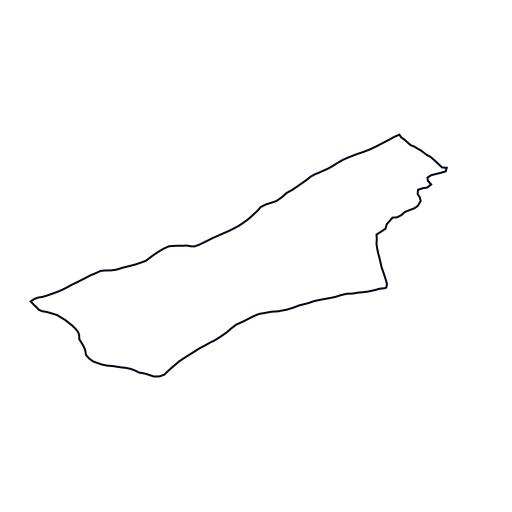 VI-5 Left Bank Upper Canj, East Berbice-Corentyne, Guyana, rotated 51°
{"feature_id": "73187651B6333666971836", "entity_name": "VI-5 Left Bank Upper Canj", "entity_type": "district", "adm_level": 2, "iso_a3": "GUY", "parent_name": "Guyana", "parent_adm1": "East Berbice-Corentyne", "projection": "equal_earth", "projection_center": [-57.57, 5.44], "detail": "fine", "context": "isolated", "style": "outline", "palette": "ink", "viewbox_px": 512, "rotation_deg": 51, "n_neighbors": 0, "source": "geoboundaries", "source_scale": "gbopen_adm2", "svg_char_len": 2581}
<svg xmlns="http://www.w3.org/2000/svg" viewBox="0 0 512 512"><g transform="rotate(51 256 256)"><path d="M362.5,174.6L360.4,172.0L357.4,170.6L354.4,169.4L351.0,168.1L347.4,166.8L344.3,165.7L341.1,164.2L337.9,162.6L334.2,160.8L330.7,159.3L326.4,157.1L322.5,154.8L318.7,151.3L315.2,148.9L315.7,144.4L316.3,138.2L313.6,134.5L312.9,130.1L312.1,125.8L314.7,122.1L315.7,117.4L315.5,112.6L317.0,107.6L318.6,103.0L318.9,98.8L316.8,93.3L313.1,91.7L309.7,91.5L306.5,88.4L308.4,83.5L310.6,79.8L310.6,74.8L305.9,75.2L303.0,73.4L303.4,69.2L305.3,65.0L307.5,60.4L309.6,55.3L307.5,52.3L304.2,55.7L295.2,56.9L289.0,57.9L285.1,59.6L281.2,60.6L277.8,61.4L274.2,62.9L270.6,64.1L267.1,66.1L263.3,66.7L259.2,67.4L255.0,68.5L251.9,68.2L250.4,73.7L248.9,81.9L247.5,88.7L246.3,94.5L244.6,101.2L242.5,107.7L240.4,113.2L239.0,117.6L237.5,122.2L235.9,128.3L235.0,133.9L234.3,140.1L233.3,145.6L232.1,149.9L230.9,154.5L229.6,158.7L228.7,163.7L228.7,169.1L228.3,174.8L227.9,180.4L227.4,186.4L226.3,192.4L226.6,199.2L226.1,205.7L224.3,210.5L222.3,215.4L220.9,221.6L221.7,225.7L222.1,230.9L222.4,235.8L222.5,240.1L222.2,245.1L221.7,250.5L220.7,255.6L219.6,260.8L217.9,266.9L216.3,272.9L214.8,278.3L213.2,285.7L211.4,293.4L209.8,297.8L207.3,300.7L204.3,303.2L202.0,306.5L199.4,309.5L196.4,313.6L193.7,317.5L192.3,322.6L191.6,326.9L190.8,334.0L190.4,344.6L189.1,348.5L186.7,355.1L184.0,361.0L181.3,366.8L178.7,373.2L176.0,377.7L172.4,382.2L169.8,386.1L168.2,392.4L166.9,396.6L165.6,403.1L163.9,411.1L162.5,417.0L161.3,423.4L160.3,427.9L159.1,432.2L157.4,437.3L155.2,443.3L153.5,447.5L151.2,451.5L149.9,455.3L149.5,459.7L154.6,459.3L157.9,458.8L161.1,458.6L164.1,457.1L168.0,453.7L171.9,451.0L176.6,447.8L180.8,446.3L185.8,444.5L190.6,443.5L194.1,442.6L199.1,442.1L203.0,442.1L206.2,443.2L209.5,445.7L213.6,446.2L217.6,446.8L221.5,447.9L226.0,450.4L230.6,450.2L235.0,449.1L238.9,446.9L243.2,444.2L247.4,440.8L251.3,436.7L258.4,430.2L261.1,427.5L264.9,424.4L269.2,421.9L272.8,420.4L275.7,417.8L278.6,415.5L281.8,413.5L285.4,411.2L288.9,406.7L290.5,401.9L290.1,397.5L289.8,392.5L289.7,386.6L289.5,382.2L290.0,376.9L290.6,371.5L291.4,364.9L292.2,358.0L293.4,352.2L294.4,346.1L295.5,341.6L296.4,334.3L296.9,326.7L296.7,320.2L296.9,314.4L298.7,307.9L300.1,301.2L301.3,295.5L302.9,290.2L306.2,284.3L309.0,279.1L312.8,273.8L314.9,269.9L317.0,266.1L319.8,259.1L321.5,253.7L325.5,245.1L327.5,239.5L329.8,234.9L332.1,230.6L335.2,225.0L337.9,219.7L339.9,214.5L342.6,209.0L345.9,204.8L348.7,199.7L351.9,195.0L354.1,191.4L357.0,185.7L359.5,180.0L362.1,176.2L362.5,174.6Z" fill="none" stroke="#020617" stroke-width="2"/></g></svg>